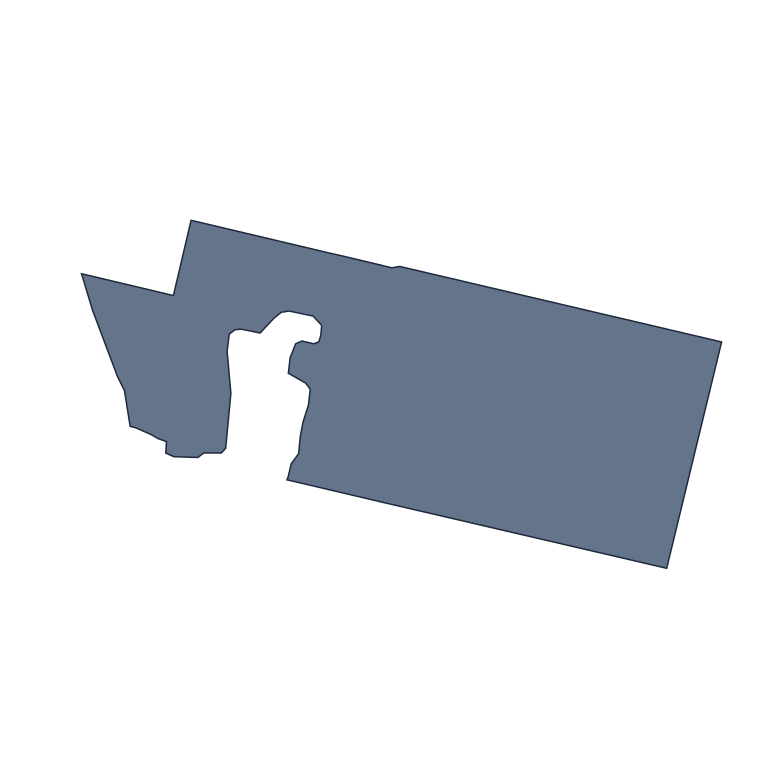 the district of Charlotte, Florida, United States of America, rotated 13°
{"feature_id": "52423323B39160011861592", "entity_name": "Charlotte", "entity_type": "district", "adm_level": 2, "iso_a3": "USA", "parent_name": "United States of America", "parent_adm1": "Florida", "projection": "mercator", "projection_center": [-82.101, 26.901], "detail": "fine", "context": "isolated", "style": "filled", "palette": "slate", "viewbox_px": 768, "rotation_deg": 13, "n_neighbors": 0, "source": "geoboundaries", "source_scale": "gbopen_adm2", "svg_char_len": 852}
<svg xmlns="http://www.w3.org/2000/svg" viewBox="0 0 768 768"><g transform="rotate(13 384 384)"><path d="M314.6,268.6L301.6,268.7L159.2,267.9L158.9,345.2L64.5,344.6L83.4,377.7L122.6,436.6L132.6,448.8L146.2,482.4L151.7,482.5L169.1,485.8L175.9,488.0L185.0,489.1L186.9,500.4L195.6,502.1L211.8,498.9L219.3,497.4L223.8,491.8L241.0,487.8L244.2,482.2L236.9,427.5L223.8,387.5L222.0,370.3L226.5,364.7L232.4,362.7L251.8,362.2L261.8,344.9L267.7,337.3L274.9,334.3L297.8,333.8L299.7,333.8L310.1,340.9L311.3,349.5L311.5,351.0L311.0,357.6L306.5,360.6L294.3,360.6L288.9,364.7L286.6,379.4L288.4,395.1L307.4,400.7L313.3,405.7L315.1,421.4L313.7,439.2L314.2,453.8L316.5,471.1L311.5,482.7L311.5,495.9L311.0,499.2L413.7,499.6L413.9,499.6L700.9,500.0L703.5,267.3L703.5,267.1L372.9,265.9L365.6,269.0L314.6,268.6Z" fill="#64748b" stroke="#1e293b" stroke-width="1.5"/></g></svg>